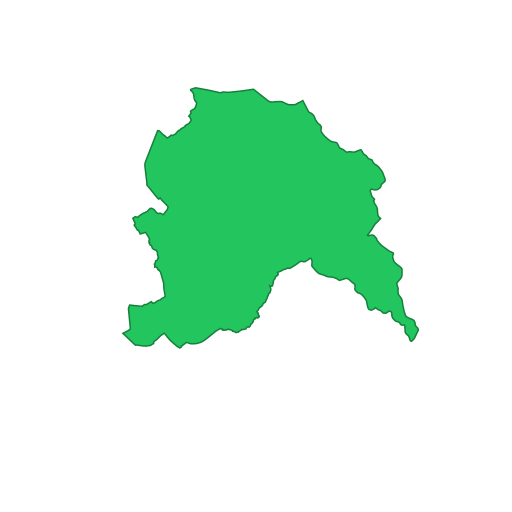 the district of Phra Phutthabat, Saraburi, Thailand, rotated 48°
{"feature_id": "78962969B27342930325122", "entity_name": "Phra Phutthabat", "entity_type": "district", "adm_level": 2, "iso_a3": "THA", "parent_name": "Thailand", "parent_adm1": "Saraburi", "projection": "orthographic", "projection_center": [100.827, 14.702], "detail": "fine", "context": "isolated", "style": "filled", "palette": "green", "viewbox_px": 512, "rotation_deg": 48, "n_neighbors": 0, "source": "geoboundaries", "source_scale": "gbopen_adm2", "svg_char_len": 6149}
<svg xmlns="http://www.w3.org/2000/svg" viewBox="0 0 512 512"><g transform="rotate(48 256 256)"><path d="M224.4,406.7L241.6,405.3L242.1,404.4L247.2,400.2L249.6,397.7L251.9,394.1L252.2,391.7L252.6,390.8L251.5,389.5L251.3,388.3L251.7,386.2L251.4,379.5L251.8,377.9L251.8,376.6L252.2,375.8L259.8,376.2L262.5,376.1L270.4,375.1L273.3,374.2L273.7,372.8L272.9,371.6L273.4,370.7L273.3,369.0L273.6,367.7L273.7,365.4L277.5,363.3L279.0,361.7L281.2,358.9L283.0,355.3L283.5,353.8L284.1,350.9L284.5,345.9L285.0,336.0L286.0,330.9L286.7,330.9L287.3,330.0L287.7,329.9L288.3,330.5L288.8,330.4L289.1,329.7L289.7,329.6L290.1,329.0L290.4,328.1L291.0,327.9L291.5,326.7L291.8,325.5L292.9,325.1L293.0,324.8L293.7,324.5L294.5,323.8L295.2,323.6L296.2,323.8L296.8,323.0L297.6,322.9L298.3,322.5L298.7,322.2L299.6,322.1L299.6,321.7L300.2,320.6L300.8,320.2L300.7,319.8L300.8,319.4L300.7,318.9L301.2,316.2L301.0,315.9L301.9,315.0L303.4,312.3L303.4,312.0L302.8,310.9L303.0,309.9L303.1,309.5L304.0,309.0L304.3,308.6L304.1,306.9L303.3,305.7L303.4,303.9L303.0,302.9L303.0,301.9L301.6,300.4L301.8,299.9L301.7,299.3L302.1,298.9L301.6,298.4L302.1,297.9L302.0,296.8L302.3,296.5L303.0,296.4L303.3,295.9L303.1,295.1L303.4,294.3L302.6,293.7L300.9,293.5L300.1,292.6L298.2,292.6L297.8,292.4L297.8,290.8L296.6,287.9L297.0,287.5L297.1,285.5L297.0,284.3L296.2,282.5L296.5,279.8L295.8,278.5L294.8,276.0L293.9,274.6L293.5,273.3L292.6,272.2L292.7,270.5L291.6,268.3L290.1,266.8L287.3,265.6L288.4,265.1L289.1,264.4L289.2,263.9L287.6,261.2L286.4,260.0L285.8,259.1L285.6,257.2L285.0,256.2L284.6,255.2L284.8,253.0L284.5,251.7L282.6,251.0L283.9,247.7L284.3,245.3L285.5,242.8L286.1,240.7L287.9,239.0L289.2,231.9L289.6,227.0L290.3,225.8L292.3,224.3L293.1,223.2L294.1,217.1L294.3,216.8L295.0,216.8L296.4,217.3L297.7,218.1L300.0,220.5L300.7,221.1L301.5,221.3L308.1,221.4L311.2,221.0L315.5,218.5L319.2,216.7L323.3,213.0L326.5,211.3L329.5,210.5L330.1,210.1L332.3,205.2L333.1,203.9L334.0,203.1L335.7,202.6L340.0,202.2L342.3,201.7L343.4,201.7L344.2,202.2L345.8,203.6L346.6,204.7L348.0,205.2L351.4,205.0L353.7,203.7L354.7,203.4L356.2,203.2L358.8,203.2L363.0,203.8L367.5,206.5L369.8,207.6L370.8,207.8L371.6,207.7L373.6,206.4L374.3,203.7L374.3,201.8L377.5,201.2L380.4,199.8L383.4,199.7L384.9,198.4L385.5,197.6L386.0,194.4L386.3,193.8L386.8,193.3L388.0,192.9L388.6,193.0L391.7,195.2L393.1,195.8L394.0,196.0L396.2,196.0L398.0,195.7L400.9,194.0L401.8,193.9L403.3,194.3L404.4,194.2L405.0,193.9L406.3,192.2L407.0,192.0L407.6,192.3L412.2,195.9L413.1,196.3L414.2,196.5L417.2,196.2L418.5,196.4L421.9,198.0L423.0,197.8L423.5,197.5L423.3,193.9L422.8,192.4L419.8,185.2L419.1,184.5L418.0,184.1L414.9,184.1L413.9,183.9L411.9,182.4L409.9,181.8L408.3,182.0L404.6,183.9L401.7,184.8L400.6,184.8L396.2,182.9L390.6,179.7L387.7,177.7L385.9,176.7L384.6,176.3L380.0,175.9L379.0,175.4L377.3,174.2L375.3,172.1L370.9,170.0L370.5,169.5L370.2,168.4L369.6,163.9L369.0,161.8L367.9,160.3L363.5,156.3L362.4,156.0L360.8,156.1L357.6,156.7L354.4,157.2L353.0,157.2L351.4,156.7L348.4,155.3L347.4,154.4L346.3,152.3L345.5,152.0L341.1,153.8L332.3,155.6L328.4,155.8L325.8,155.6L324.8,155.4L324.1,154.9L323.3,154.7L319.7,154.7L318.8,155.1L317.9,155.9L316.6,157.8L316.2,159.0L315.1,159.2L313.8,152.2L313.3,151.1L311.8,145.3L312.0,144.6L311.5,138.3L309.4,138.5L308.2,138.4L306.9,137.9L302.0,134.2L300.2,133.4L296.1,132.7L293.4,131.5L293.6,131.1L293.5,130.6L293.4,130.3L293.0,129.9L290.2,130.1L288.8,129.8L284.0,127.5L283.4,126.3L283.6,125.5L285.9,123.9L287.1,122.6L287.7,121.8L288.2,119.9L288.3,117.8L287.7,116.3L287.0,115.6L286.8,114.8L286.7,113.8L286.8,110.8L286.7,110.1L286.1,109.2L284.6,108.3L278.6,106.0L276.4,105.6L272.1,105.3L269.5,105.5L267.4,106.3L265.6,106.4L264.8,106.4L262.8,105.6L262.1,105.6L258.8,107.3L255.1,107.0L252.1,107.8L248.2,106.9L247.5,106.9L246.9,107.4L244.8,113.0L244.0,114.1L240.9,116.8L239.7,119.1L239.3,119.3L235.2,120.0L232.0,121.4L231.0,121.4L226.9,120.3L225.8,120.3L225.1,120.6L221.9,123.1L219.8,123.9L218.0,124.2L213.2,124.8L210.7,124.8L207.8,124.4L206.2,123.8L203.8,121.1L203.2,120.9L202.2,120.9L201.1,120.6L199.7,121.1L196.9,121.1L196.0,120.7L194.4,120.6L191.2,119.3L189.5,119.1L187.4,119.3L184.7,120.3L183.6,120.3L171.8,117.2L171.2,120.1L170.6,121.8L169.9,125.0L168.9,126.8L165.0,130.8L158.9,133.4L157.8,134.2L154.6,137.9L152.6,140.8L150.6,142.5L148.6,143.2L130.4,146.3L124.4,155.3L116.2,166.7L111.9,170.9L111.1,173.1L101.4,180.0L91.5,187.6L90.4,188.6L88.5,193.1L89.2,193.7L92.1,193.4L94.5,194.4L98.0,196.8L100.1,197.5L101.8,197.5L102.6,197.8L103.4,198.7L105.2,202.2L105.3,204.0L104.7,205.6L104.6,207.8L104.8,208.0L105.7,208.3L106.5,208.9L106.6,210.2L106.9,210.9L106.9,211.6L107.2,212.5L108.6,212.1L109.6,212.6L111.8,213.2L112.6,217.1L111.7,221.3L112.3,222.2L111.3,226.5L111.5,228.5L110.9,229.6L111.2,233.0L111.5,233.9L110.7,237.3L109.4,238.1L109.4,239.9L109.0,242.8L108.8,243.1L105.9,243.3L103.2,243.9L98.3,244.1L97.0,245.2L111.5,274.1L112.8,276.4L114.0,277.7L115.4,278.8L128.3,287.9L130.3,289.6L147.1,290.4L148.7,290.2L148.7,288.4L151.8,288.7L153.6,288.5L160.6,288.3L162.2,291.0L163.2,297.3L160.4,298.3L159.7,299.0L159.0,300.3L158.6,300.6L156.7,300.9L153.8,300.6L151.3,301.3L150.1,302.2L149.8,303.5L150.1,307.0L149.4,309.6L148.6,311.7L148.0,316.0L148.2,318.0L146.2,319.2L145.9,319.6L145.6,322.3L150.8,324.0L151.4,324.6L151.4,325.6L151.7,325.9L152.5,326.1L154.8,326.1L155.3,326.5L157.5,326.8L158.0,326.3L158.3,326.2L162.2,327.3L164.6,322.2L169.9,323.2L170.9,323.2L171.8,324.0L172.8,324.2L172.9,325.1L173.6,325.9L174.9,326.0L174.8,326.8L175.8,326.9L177.1,327.3L177.8,326.9L178.5,326.9L179.7,327.2L180.3,327.7L181.4,327.8L182.5,327.6L185.2,326.4L186.9,326.7L187.8,327.2L188.6,328.0L191.3,329.3L191.6,329.8L192.1,329.7L192.5,331.3L193.0,331.8L192.7,333.5L192.5,333.9L194.2,336.2L194.0,337.0L195.6,337.6L196.1,338.4L196.5,338.7L196.9,337.8L197.8,337.3L200.8,338.0L201.3,338.0L201.6,337.5L204.2,337.8L214.4,342.8L219.2,346.7L225.2,350.4L225.3,351.8L224.5,354.4L224.6,356.5L223.6,358.4L223.0,362.7L222.3,364.3L221.1,364.2L220.5,364.6L219.8,364.4L218.8,369.8L217.5,371.3L217.4,371.6L217.2,374.2L214.3,377.0L207.9,382.7L209.6,385.9L226.2,398.2L225.9,401.0L224.4,406.7Z" fill="#22c55e" stroke="#15803d" stroke-width="1.5"/></g></svg>